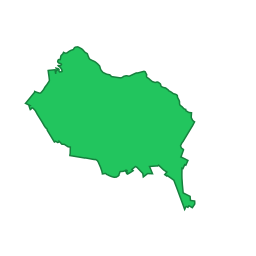 Misca, Arad, Romania, rotated 35°
{"feature_id": "2599482B74682975600135", "entity_name": "Misca", "entity_type": "district", "adm_level": 2, "iso_a3": "ROU", "parent_name": "Romania", "parent_adm1": "Arad", "projection": "natural_earth1", "projection_center": [21.638, 46.618], "detail": "fine", "context": "isolated", "style": "filled", "palette": "green", "viewbox_px": 256, "rotation_deg": 35, "n_neighbors": 0, "source": "geoboundaries", "source_scale": "gbopen_adm2", "svg_char_len": 5577}
<svg xmlns="http://www.w3.org/2000/svg" viewBox="0 0 256 256"><g transform="rotate(35 128 128)"><path d="M34.3,166.7L37.4,169.0L37.6,168.7L37.8,166.5L39.0,166.3L40.1,166.5L42.0,166.9L45.1,168.4L45.6,168.7L53.4,172.0L57.3,173.8L57.8,174.1L59.5,174.7L60.4,175.1L60.7,175.1L61.2,175.0L61.5,175.0L61.8,175.1L62.3,175.4L62.9,175.8L63.2,176.2L75.7,181.7L75.8,181.7L76.2,180.5L76.6,180.5L77.3,180.3L78.8,180.2L79.3,179.4L79.4,179.2L79.3,178.9L79.1,178.4L79.9,178.5L81.2,178.8L83.0,179.2L83.6,178.9L84.3,178.5L85.1,177.9L89.6,177.8L91.7,176.7L95.3,182.1L95.5,182.7L96.2,183.9L110.0,177.3L110.1,177.0L117.6,173.6L119.3,172.7L119.6,172.3L121.2,172.3L121.8,172.4L122.1,172.5L123.2,173.0L128.1,176.0L131.1,178.2L131.3,178.3L132.3,179.3L133.0,179.8L133.3,180.3L133.7,180.1L134.2,179.5L135.4,178.3L135.8,178.1L136.4,178.1L136.7,178.2L137.5,178.2L137.9,178.1L138.5,177.9L139.2,177.9L141.3,177.5L143.1,177.0L145.1,176.2L146.7,174.8L147.0,174.0L147.4,173.2L147.7,172.0L147.2,171.2L147.2,170.7L147.0,170.0L146.6,168.7L146.7,168.0L147.5,167.5L149.0,166.2L150.2,164.2L150.3,163.9L150.7,163.6L151.2,163.4L151.4,163.4L151.6,163.4L151.6,163.7L151.6,163.9L151.4,164.0L151.1,164.4L151.0,165.0L151.4,165.0L151.6,164.6L151.8,164.4L152.0,164.4L152.2,164.6L152.2,164.8L152.0,165.2L152.1,165.3L152.4,165.4L152.7,165.2L152.9,165.2L153.2,165.1L153.3,165.3L153.4,165.5L153.2,165.8L153.1,166.0L153.5,166.1L154.1,166.0L155.6,162.8L156.7,160.0L154.9,159.7L156.2,155.3L157.5,155.1L158.1,155.1L160.5,155.6L166.1,156.7L168.6,159.3L170.2,154.1L174.3,151.4L167.7,147.2L170.6,144.8L173.8,142.2L174.1,142.1L174.4,140.9L181.2,141.9L185.1,141.8L184.8,145.1L187.3,145.1L187.3,144.5L190.8,144.4L195.6,144.5L195.8,144.7L202.9,149.5L216.3,158.8L221.1,162.2L221.0,161.4L220.6,160.2L220.8,158.9L222.6,158.6L222.4,156.9L222.6,156.7L226.4,156.4L226.3,152.1L225.7,151.1L224.5,149.6L220.7,151.5L218.1,148.4L213.3,149.1L210.4,149.5L205.1,143.3L200.9,138.1L198.8,135.2L195.3,130.0L196.3,129.8L195.5,125.5L196.7,125.3L195.7,120.2L193.8,120.5L192.6,120.6L190.8,120.9L188.7,121.2L187.9,121.4L187.8,120.6L187.4,119.2L186.8,117.0L186.0,114.0L184.9,113.7L184.3,113.9L182.9,113.6L182.0,113.0L181.2,112.4L180.7,109.3L180.8,107.4L180.7,106.2L179.6,90.2L179.6,89.5L179.0,84.8L178.6,84.8L177.6,84.8L176.4,84.6L174.0,83.3L173.1,82.1L172.3,80.7L171.9,80.1L171.3,79.1L170.3,79.6L168.8,80.4L165.5,80.6L165.0,80.0L164.6,79.7L164.5,79.8L163.3,80.1L162.5,80.1L160.2,79.6L158.1,79.5L157.0,79.2L156.3,78.5L155.8,78.0L155.5,77.4L154.8,76.6L153.2,75.6L152.5,75.3L151.2,74.6L150.5,74.0L150.1,73.4L149.7,73.1L149.3,73.0L148.8,72.9L148.2,73.0L147.6,73.1L147.0,73.3L146.4,73.5L145.8,73.7L145.4,73.8L144.7,73.9L143.9,73.8L143.3,73.8L142.6,73.8L141.6,73.9L140.9,74.0L140.5,74.1L140.0,74.0L139.2,73.8L138.6,73.7L137.7,73.7L137.0,73.7L136.3,73.6L135.9,73.6L135.4,73.8L134.7,74.1L133.9,74.4L133.5,74.6L133.1,74.7L132.5,74.8L132.1,74.8L131.6,74.8L131.0,74.7L130.5,74.4L130.1,74.0L129.7,73.6L129.4,73.4L129.0,73.3L128.6,73.3L128.1,73.2L127.4,73.2L126.7,73.2L126.0,73.3L125.6,73.6L125.1,74.0L124.8,74.4L124.4,74.9L124.0,75.2L123.4,75.4L122.5,75.6L122.1,75.8L121.8,75.9L121.4,76.0L120.7,76.0L118.2,75.8L117.3,75.7L116.6,75.6L115.9,75.6L115.2,75.7L114.7,75.7L114.1,75.5L113.5,75.1L113.2,74.7L113.0,74.4L113.0,74.0L112.8,73.7L112.3,73.3L111.6,73.1L110.1,72.2L109.9,72.1L109.3,72.2L108.6,72.4L108.3,72.7L105.7,75.8L104.5,77.2L104.2,77.5L103.3,78.1L102.9,78.6L102.3,79.6L99.4,84.7L99.1,85.0L97.1,85.9L96.5,86.3L94.9,88.1L94.1,90.2L93.0,91.3L85.3,95.2L84.8,95.3L83.5,95.0L82.9,94.9L82.3,95.0L80.1,96.0L79.5,96.2L76.4,96.7L75.9,96.8L75.4,96.8L74.3,96.5L72.6,96.0L72.1,95.7L71.6,95.4L71.2,95.1L69.6,93.8L69.4,93.6L68.8,93.4L67.4,93.1L66.4,92.9L63.9,92.7L63.4,92.7L62.8,92.7L61.4,92.9L60.1,93.2L58.6,93.4L57.6,93.5L57.1,93.6L56.9,93.5L56.3,93.3L53.9,91.8L52.1,90.5L51.7,90.5L51.0,90.5L49.7,90.7L48.2,90.4L45.9,89.8L45.4,89.8L44.6,89.7L43.9,89.8L40.9,90.2L40.6,90.3L40.3,90.4L40.1,90.5L38.6,91.9L38.4,92.2L38.2,92.7L38.1,93.0L38.1,93.4L38.2,94.4L38.2,94.8L38.0,95.4L37.0,96.7L36.5,97.5L35.9,98.7L35.4,100.0L35.3,100.5L35.1,100.9L35.0,101.3L34.8,101.7L34.5,102.0L34.3,102.2L34.0,102.5L33.4,102.7L32.4,102.9L31.8,103.0L32.1,104.5L31.9,105.8L31.7,106.6L31.7,107.0L31.7,107.4L31.9,107.9L32.2,108.6L32.9,110.0L33.2,110.8L33.2,111.0L32.4,111.3L32.2,111.4L32.0,111.7L31.9,111.9L31.8,112.1L31.8,112.5L31.9,112.9L32.1,113.4L32.2,113.8L32.4,114.0L32.7,114.2L32.9,114.3L33.3,114.4L34.0,114.5L34.4,114.4L35.3,114.0L35.7,113.9L36.0,113.8L36.5,113.9L36.8,113.9L37.1,114.1L37.2,114.4L37.1,114.7L36.9,115.2L36.7,115.6L36.1,116.0L35.4,116.5L35.0,116.9L35.3,117.0L35.7,117.1L35.8,117.2L36.5,117.2L37.3,117.1L37.9,117.1L38.3,117.3L38.8,117.6L39.3,117.8L39.9,117.9L40.3,118.2L40.8,118.6L41.1,119.1L41.5,119.5L41.4,119.8L40.8,120.4L40.3,121.0L39.9,121.3L39.6,121.3L39.3,121.2L38.9,121.0L38.4,120.3L38.1,119.8L37.7,119.5L37.4,119.4L37.1,119.5L36.5,119.6L35.6,119.9L34.8,120.2L35.1,120.4L35.6,120.6L35.8,120.6L36.3,120.7L36.8,120.9L36.9,121.0L36.8,121.4L36.6,121.7L36.5,122.2L36.5,122.6L36.6,123.1L36.7,123.5L37.3,124.4L37.7,125.1L37.0,124.4L36.5,123.9L34.9,122.1L30.1,126.2L29.6,126.7L31.0,128.2L31.9,129.2L32.7,130.0L33.6,131.0L34.6,132.1L35.4,133.0L36.0,133.7L36.3,134.1L36.4,134.3L36.5,134.6L36.5,134.8L36.5,135.0L36.6,135.4L36.6,135.7L36.6,136.1L36.6,136.9L36.6,137.8L36.7,138.4L36.7,138.9L36.7,139.6L36.6,139.8L36.6,141.1L36.5,142.3L36.6,143.0L36.7,144.0L36.8,144.8L36.8,145.7L36.7,146.4L36.7,147.2L36.5,148.4L36.4,149.3L36.1,149.7L35.8,150.0L35.7,150.1L32.7,151.1L30.6,151.6L31.0,152.2L30.0,165.8L29.9,166.6L34.8,165.8L34.3,166.7Z" fill="#22c55e" stroke="#15803d" stroke-width="1.5"/></g></svg>